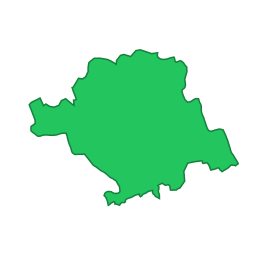 outline of Qutur, Al Gharbiyah, Egypt, rotated 341°
{"feature_id": "37247803B52105005453844", "entity_name": "Qutur", "entity_type": "district", "adm_level": 2, "iso_a3": "EGY", "parent_name": "Egypt", "parent_adm1": "Al Gharbiyah", "projection": "robinson", "projection_center": [30.964, 30.971], "detail": "fine", "context": "isolated", "style": "filled", "palette": "green", "viewbox_px": 256, "rotation_deg": 341, "n_neighbors": 0, "source": "geoboundaries", "source_scale": "gbopen_adm2", "svg_char_len": 4030}
<svg xmlns="http://www.w3.org/2000/svg" viewBox="0 0 256 256"><g transform="rotate(341 128 128)"><path d="M90.8,195.5L91.8,196.0L92.9,196.7L93.6,197.3L94.9,198.2L96.2,197.3L97.0,196.7L98.8,196.7L100.3,197.4L101.3,197.0L101.8,196.3L102.3,195.2L103.6,194.7L104.8,194.6L105.3,194.5L108.3,194.7L113.1,193.9L117.0,194.1L116.8,195.4L117.0,196.1L117.4,197.0L118.1,196.9L118.7,196.8L119.4,196.3L120.3,195.7L120.8,195.5L121.3,195.4L122.9,195.4L123.5,195.5L124.6,195.0L125.7,194.8L127.4,194.6L130.9,195.0L130.2,197.0L130.4,198.8L130.9,199.2L131.3,200.1L131.5,201.0L131.7,201.6L134.8,204.9L136.1,200.8L135.9,199.2L136.1,197.9L136.5,196.8L137.0,196.2L137.2,195.9L138.1,193.7L137.6,192.4L137.6,192.0L138.7,191.8L140.7,191.6L142.3,191.3L142.7,191.8L144.1,193.8L145.0,194.4L147.8,194.7L148.7,196.6L148.0,199.7L148.0,200.6L149.2,201.0L153.7,202.4L154.5,201.9L155.4,201.7L156.3,201.7L157.8,201.5L158.5,201.0L161.6,198.7L164.3,196.7L165.0,193.8L165.5,191.9L165.8,190.8L166.3,188.6L166.7,187.1L167.6,186.2L173.0,180.7L178.0,181.3L180.2,181.6L186.9,183.0L187.3,183.4L187.3,183.9L187.1,185.4L187.5,186.0L189.9,186.3L190.6,186.5L191.7,186.9L192.5,190.2L192.5,191.5L192.5,194.6L192.9,194.8L193.8,194.9L196.6,195.1L198.4,195.1L199.7,194.9L201.2,195.7L201.2,197.1L202.7,199.9L203.7,199.7L210.1,198.2L213.5,196.5L216.6,198.0L217.2,198.7L218.2,198.4L220.3,197.8L220.6,197.6L220.5,196.3L218.6,187.7L217.7,184.8L218.2,171.7L218.0,169.7L218.0,167.5L217.4,161.3L217.3,160.7L214.7,159.0L213.0,158.5L211.3,158.5L209.5,158.3L205.8,158.3L205.3,158.0L204.3,157.6L203.2,156.1L202.8,153.4L202.8,153.0L202.8,152.3L202.8,149.3L202.8,147.5L202.9,142.5L202.7,140.8L202.6,139.4L202.6,136.8L204.4,131.1L204.4,128.4L204.0,127.1L204.2,123.2L201.4,122.3L199.4,122.5L198.3,122.9L197.3,123.1L196.4,123.4L194.2,123.3L192.9,123.1L191.2,120.0L191.0,119.2L191.0,117.4L190.8,115.9L190.8,114.3L190.8,112.4L190.9,111.5L191.0,110.6L191.4,110.0L192.1,109.3L193.2,109.1L194.0,108.7L194.9,108.2L196.4,106.0L197.3,101.6L197.3,100.8L199.3,97.8L202.0,94.0L203.4,89.4L202.4,87.4L202.1,86.1L202.0,85.6L201.5,84.1L200.6,82.6L199.8,81.7L198.7,81.3L196.7,81.5L195.4,81.5L194.1,80.4L194.3,79.7L194.4,79.3L194.6,78.4L194.6,76.0L193.9,75.8L190.7,75.5L187.6,75.5L185.2,75.1L183.5,74.6L181.5,73.5L180.5,72.6L179.1,70.4L179.6,68.4L179.8,67.6L180.5,66.5L177.7,66.0L174.5,65.4L174.2,65.1L168.5,60.7L165.1,58.1L160.7,57.4L153.8,61.3L148.0,57.1L144.5,56.9L139.2,60.4L137.6,63.9L137.3,63.5L135.0,60.7L133.6,59.1L132.9,58.4L130.7,56.4L124.4,53.0L124.2,52.9L119.1,51.2L118.7,51.1L116.9,51.7L113.4,52.9L112.2,53.6L110.6,56.6L109.9,58.0L109.4,59.5L108.8,61.5L106.7,63.6L104.6,65.9L104.3,65.9L100.9,66.8L97.4,64.9L92.1,69.4L89.6,71.5L89.3,71.6L88.3,71.6L88.3,73.9L88.2,76.3L88.3,77.0L88.4,78.7L88.4,79.2L88.5,84.0L87.0,84.5L85.6,83.9L84.3,89.0L83.2,87.7L79.7,81.9L78.6,80.0L74.0,80.4L72.1,82.1L70.7,83.4L70.0,84.0L69.3,84.1L66.2,84.2L65.1,84.3L61.1,82.2L58.2,78.6L57.1,78.9L55.4,79.3L54.6,71.0L52.8,71.3L49.4,71.8L48.2,71.9L46.1,72.1L44.1,72.7L42.2,73.9L42.3,76.9L42.5,82.3L42.7,89.2L42.7,89.6L42.8,89.9L41.7,93.5L36.8,95.0L35.6,98.3L35.4,99.1L36.0,100.3L36.9,101.8L38.0,103.1L39.5,105.7L40.1,106.4L42.1,107.1L44.7,107.1L46.4,107.3L50.1,108.6L52.3,109.7L54.4,110.4L56.0,110.8L58.4,111.3L59.7,111.3L61.6,111.3L63.1,111.5L65.5,111.9L66.4,112.3L67.9,112.8L67.7,114.1L67.9,115.7L67.5,117.6L67.2,121.8L67.2,123.6L67.2,125.3L67.4,126.8L67.4,127.7L67.4,128.6L67.2,131.0L67.2,132.3L67.4,133.4L68.9,135.6L70.9,136.3L72.6,136.7L74.6,137.4L76.5,138.1L78.3,138.3L78.9,140.0L83.0,151.7L84.0,153.1L84.8,153.9L88.0,158.7L88.4,159.4L90.8,161.8L92.8,164.7L93.6,166.2L95.1,169.0L95.5,169.4L97.1,170.8L98.2,172.6L99.3,173.7L99.7,174.5L99.9,176.5L100.8,180.5L100.5,182.0L100.3,183.1L100.2,183.6L99.7,185.5L97.7,186.4L96.8,186.4L93.6,185.3L92.3,183.9L91.4,182.8L88.6,181.5L86.7,181.5L86.2,181.7L84.9,182.2L83.4,184.1L84.3,185.9L84.5,187.2L84.7,189.2L84.7,189.9L84.7,190.9L84.5,192.0L84.2,194.7L86.2,194.2L87.3,193.6L89.9,193.2L90.3,192.9L91.4,193.6L91.0,195.3L90.8,195.5Z" fill="#22c55e" stroke="#15803d" stroke-width="1.5"/></g></svg>